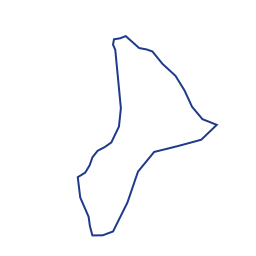 Butaleja, Robinson projection, rotated 153°
{"feature_id": "UGA-3119", "entity_name": "Butaleja", "entity_type": "County", "adm_level": 1, "iso_a3": "UGA", "parent_name": "Uganda", "parent_adm1": "", "projection": "robinson", "projection_center": [33.927, 0.859], "detail": "fine", "context": "isolated", "style": "outline", "palette": "blue", "viewbox_px": 256, "rotation_deg": 153, "n_neighbors": 0, "source": "natural_earth", "source_scale": "10m", "svg_char_len": 560}
<svg xmlns="http://www.w3.org/2000/svg" viewBox="0 0 256 256"><g transform="rotate(153 128 128)"><path d="M115.6,94.8L138.9,84.6L162.4,61.8L188.3,42.6L199.4,43.9L208.5,48.5L206.5,57.8L203.4,66.8L202.1,87.8L195.1,107.0L186.3,107.7L179.1,112.2L172.9,118.1L165.4,121.5L157.2,121.6L149.4,122.7L135.4,133.4L125.4,148.8L103.9,203.3L103.5,209.1L100.2,213.4L94.3,211.5L88.3,210.9L81.8,194.2L75.7,189.5L71.5,185.1L68.2,169.6L62.0,152.9L60.6,135.8L61.3,117.9L57.7,102.1L47.5,90.5L68.1,84.3L91.0,89.1L115.6,94.8Z" fill="none" stroke="#1e3a8a" stroke-width="2"/></g></svg>